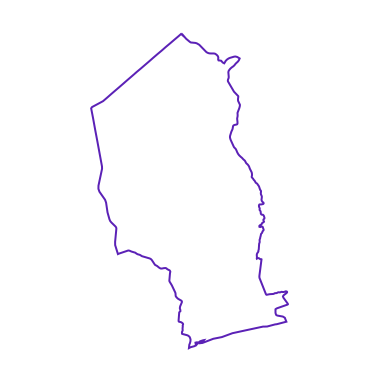 outline of Gaza, rotated 8°
{"feature_id": "MOZ-1207", "entity_name": "Gaza", "entity_type": "Province", "adm_level": 1, "iso_a3": "MOZ", "parent_name": "Mozambique", "parent_adm1": "", "projection": "albers", "projection_center": [33.324, -23.335], "detail": "fine", "context": "isolated", "style": "outline", "palette": "violet", "viewbox_px": 384, "rotation_deg": 8, "n_neighbors": 0, "source": "natural_earth", "source_scale": "10m", "svg_char_len": 6043}
<svg xmlns="http://www.w3.org/2000/svg" viewBox="0 0 384 384"><g transform="rotate(8 192 192)"><path d="M161.9,38.8L161.8,38.4L164.9,41.1L168.9,43.6L170.0,44.1L174.5,43.9L176.0,44.1L178.7,45.2L186.7,51.4L187.8,51.9L189.0,52.2L190.3,52.3L194.4,51.8L195.4,51.8L196.4,52.2L197.7,53.0L198.8,54.0L199.3,55.1L199.5,57.3L200.0,58.0L201.1,57.9L202.7,58.0L203.3,58.6L204.6,59.6L206.0,60.1L206.6,58.8L207.1,57.5L208.2,56.0L209.6,54.7L210.9,53.9L215.1,52.0L216.4,51.8L218.0,52.0L220.6,53.1L220.2,54.7L219.8,55.5L219.5,56.2L217.4,58.8L216.3,60.7L215.8,61.3L215.3,61.9L214.2,62.9L212.8,64.5L212.2,65.5L212.0,65.8L211.7,66.5L211.5,66.9L211.4,67.3L211.4,67.7L211.3,68.2L211.4,68.7L212.3,72.6L212.4,73.5L212.4,74.1L212.2,74.9L212.0,75.7L212.0,76.7L212.1,77.2L212.4,77.7L219.6,86.8L224.4,90.6L224.5,90.9L224.6,91.3L224.6,93.2L224.7,94.3L225.0,95.4L227.3,98.9L227.4,99.8L227.4,100.4L227.2,102.2L226.1,107.1L226.1,107.6L226.5,109.5L226.6,110.9L226.5,112.3L226.5,113.2L227.3,116.3L227.5,117.8L227.4,118.2L227.3,118.6L227.0,118.8L226.7,119.0L224.7,119.7L224.0,120.2L223.8,120.4L223.6,120.8L223.5,121.2L223.4,124.0L223.3,124.4L222.6,126.7L221.9,131.0L221.9,131.5L221.9,132.0L222.1,133.0L222.9,134.8L227.1,141.4L227.5,141.9L227.9,142.2L228.8,142.9L229.1,143.1L229.6,143.7L230.4,144.9L231.0,146.0L232.3,147.8L233.6,149.1L235.7,150.6L236.1,150.8L236.7,151.2L238.4,152.6L239.7,153.4L240.2,153.9L240.7,154.5L241.1,155.2L241.6,155.8L241.8,156.0L243.4,157.1L243.9,157.6L244.9,158.7L246.0,160.8L248.4,164.3L248.9,165.8L249.1,167.2L249.0,168.5L249.1,169.0L249.6,169.5L250.0,169.8L250.3,170.1L250.6,170.3L251.3,171.2L251.6,171.5L252.2,171.9L253.0,172.8L253.7,173.8L254.3,174.2L254.8,174.4L255.2,174.6L255.5,174.8L256.3,175.8L256.7,176.1L257.1,176.6L257.6,177.2L259.1,180.2L259.3,180.5L259.6,180.7L260.1,181.3L260.2,181.7L260.3,182.2L260.3,183.4L260.4,184.0L260.6,184.7L261.6,186.3L261.8,186.9L261.9,187.9L261.9,190.0L262.1,190.5L262.3,191.0L262.9,191.7L263.3,192.1L264.1,192.5L264.3,192.8L264.5,193.1L264.4,193.6L264.2,193.9L263.9,194.1L261.9,194.8L261.1,194.8L260.7,194.9L260.4,195.1L260.3,195.4L260.2,195.8L260.2,196.3L260.3,196.8L260.5,197.4L261.3,198.7L261.4,199.3L261.4,199.8L261.4,200.2L261.6,200.6L262.3,201.2L262.6,201.7L262.8,202.2L263.0,203.3L263.2,203.9L263.5,204.3L263.7,204.5L263.8,204.5L264.1,204.7L264.5,204.7L265.4,204.7L265.9,205.0L266.4,205.5L267.3,207.3L267.4,207.9L267.3,208.4L267.0,208.7L266.8,209.0L266.6,209.3L266.6,209.7L266.7,210.2L267.1,210.8L267.4,211.2L267.3,211.7L267.0,212.0L266.7,212.3L266.3,212.5L266.0,212.7L265.8,213.0L265.7,213.4L265.4,214.1L265.2,214.4L264.9,214.7L263.8,215.6L263.6,216.0L263.4,216.3L263.5,216.7L263.6,217.1L264.1,217.2L264.5,217.2L264.9,217.0L265.6,216.6L265.9,216.5L266.3,216.5L266.7,216.6L267.0,217.0L268.0,219.0L268.2,219.5L268.1,220.0L267.9,220.4L267.4,221.0L267.3,221.3L267.2,222.2L267.1,222.6L266.3,223.8L266.2,224.2L266.1,226.1L265.9,227.4L265.9,228.6L265.7,229.4L265.6,230.0L265.7,230.7L266.0,232.1L265.9,232.8L265.8,233.4L265.7,233.7L265.7,234.2L266.1,239.4L265.9,240.8L266.0,241.6L265.9,242.0L265.8,242.3L265.7,242.4L265.6,242.6L265.1,243.7L264.9,244.5L264.9,244.9L264.9,245.4L265.4,247.6L265.4,248.1L265.4,248.8L265.5,249.0L266.1,248.5L266.6,248.3L267.1,248.2L267.5,248.3L267.9,248.5L268.5,248.8L268.9,249.0L269.3,249.0L270.0,248.9L270.2,249.0L270.4,265.3L270.5,266.5L270.8,267.7L279.2,282.5L279.7,283.2L280.2,283.4L283.1,282.4L286.0,281.8L286.8,281.6L287.5,281.2L287.8,280.9L288.4,280.6L288.6,280.6L289.5,280.4L289.9,280.3L290.2,280.1L291.2,279.4L291.6,279.3L292.0,279.2L292.9,279.2L293.3,279.1L294.3,278.5L294.7,278.4L296.1,278.4L296.6,278.3L297.0,278.2L298.7,277.3L299.2,277.3L299.5,277.4L299.9,277.5L300.1,277.8L300.1,278.2L299.6,279.0L297.5,281.1L296.9,281.9L296.6,282.8L297.2,283.9L302.4,289.3L302.6,289.8L302.3,290.2L292.4,295.3L291.6,295.9L291.0,296.5L291.1,297.3L291.3,298.5L291.4,299.5L291.7,300.6L292.1,301.4L292.7,302.2L293.9,302.5L299.3,302.7L301.4,303.6L303.5,307.3L294.4,311.1L292.6,311.6L285.0,314.8L281.1,315.4L265.8,321.0L251.7,326.2L241.8,331.5L233.5,334.4L223.4,340.0L220.7,340.7L220.7,340.2L221.8,339.7L222.9,338.9L223.9,338.0L224.5,337.0L223.6,337.3L220.8,338.7L220.2,339.4L219.3,340.1L217.6,340.2L216.4,340.7L216.9,342.3L217.3,342.1L218.3,341.7L217.3,343.4L215.7,344.4L212.2,345.9L210.7,347.0L210.6,343.6L210.7,343.2L211.0,342.0L211.2,340.2L211.2,339.8L211.1,338.4L210.9,337.9L210.6,337.2L210.0,336.1L209.7,335.8L209.2,335.4L208.2,334.8L207.1,334.5L202.2,333.9L201.9,333.8L201.7,333.2L201.6,332.5L201.6,332.1L201.6,331.8L201.9,330.9L202.0,330.4L201.6,328.1L201.6,326.8L201.5,326.1L201.4,325.8L201.4,325.5L201.4,325.1L201.6,324.3L201.5,323.9L201.2,323.5L200.7,323.1L199.7,322.6L199.0,322.4L197.5,322.3L197.1,322.2L196.8,321.9L196.6,321.1L196.1,313.1L196.2,312.8L196.4,312.5L196.6,312.2L196.9,311.9L197.1,311.6L197.0,311.1L196.8,310.3L196.2,309.1L196.1,307.9L196.2,306.8L197.3,302.6L197.2,301.7L196.6,301.1L193.1,299.7L192.2,299.1L191.1,298.2L190.6,297.7L190.3,297.2L189.9,295.3L189.7,294.5L189.3,293.7L185.0,287.2L182.4,284.0L182.2,283.7L182.0,283.3L181.9,282.9L181.5,275.4L181.6,274.2L181.6,273.9L181.4,273.5L181.2,273.2L180.8,272.8L180.4,272.6L178.6,272.0L177.8,271.6L177.5,271.3L177.2,271.2L176.7,271.0L176.2,271.0L174.8,271.3L173.1,271.9L172.7,272.0L172.2,272.1L171.6,272.1L170.9,271.9L169.8,271.4L167.9,270.2L165.8,269.4L165.4,269.2L161.7,265.0L161.1,264.5L160.5,264.1L159.4,263.7L151.3,262.5L149.6,261.7L149.0,261.5L146.8,261.2L145.5,260.7L145.2,260.5L144.3,260.0L140.3,259.4L138.6,258.9L138.0,258.8L137.5,258.8L137.0,258.8L128.4,263.1L127.3,263.8L123.3,255.3L122.8,252.1L122.2,238.8L121.8,237.6L120.9,236.7L116.4,233.4L115.1,232.2L114.1,230.6L111.2,224.0L108.4,214.5L107.0,211.8L100.3,204.6L98.9,201.9L98.5,198.8L99.7,181.5L99.3,179.2L94.3,164.2L91.3,155.2L87.5,144.0L83.8,132.8L80.5,123.2L81.2,121.8L86.8,117.7L91.3,114.4L94.9,110.3L98.5,106.1L102.1,102.0L105.8,97.8L113.0,89.5L116.7,85.3L120.3,81.1L124.0,77.0L131.3,68.7L134.9,64.5L138.6,60.3L142.3,56.2L145.9,52.0L149.6,47.9L153.3,43.7L156.7,39.9L159.2,37.0L161.9,38.8Z" fill="none" stroke="#5b21b6" stroke-width="2"/></g></svg>